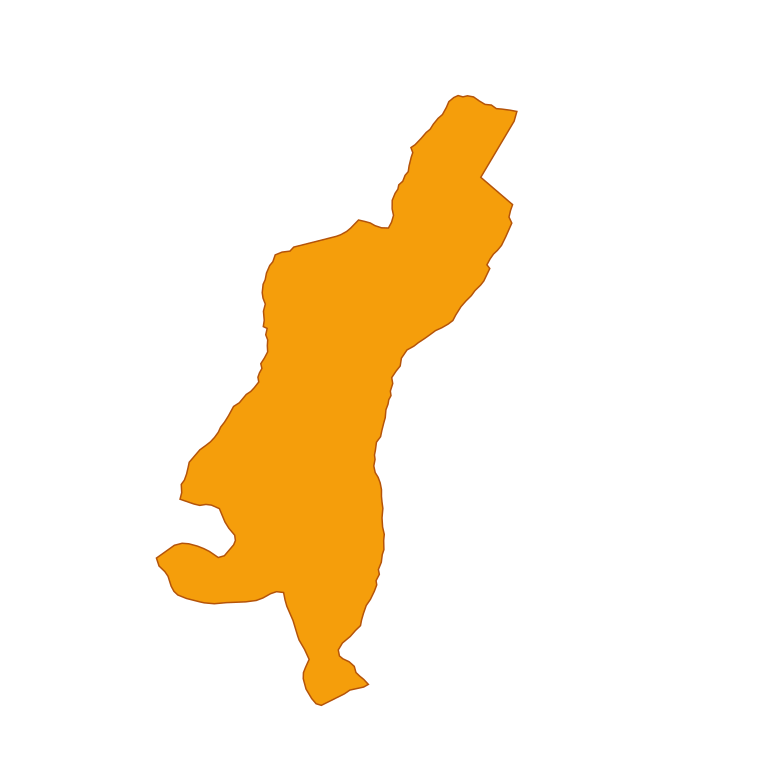 Ivaté, Paraná, Brazil (orthographic projection), rotated 216°
{"feature_id": "56859067B17675681137034", "entity_name": "Ivaté", "entity_type": "district", "adm_level": 2, "iso_a3": "BRA", "parent_name": "Brazil", "parent_adm1": "Paraná", "projection": "orthographic", "projection_center": [-53.427, -23.376], "detail": "fine", "context": "isolated", "style": "filled", "palette": "amber", "viewbox_px": 768, "rotation_deg": 216, "n_neighbors": 0, "source": "geoboundaries", "source_scale": "gbopen_adm2", "svg_char_len": 2933}
<svg xmlns="http://www.w3.org/2000/svg" viewBox="0 0 768 768"><g transform="rotate(216 384 384)"><path d="M481.3,170.9L467.2,175.2L461.7,177.5L457.3,181.9L452.4,184.6L443.9,186.4L431.6,178.9L424.7,176.1L415.9,173.9L412.2,170.0L411.1,165.5L412.2,151.2L416.1,146.2L426.9,145.9L433.0,144.9L439.6,143.2L448.0,140.0L453.7,136.5L458.8,130.3L462.1,120.4L465.8,109.4L459.0,104.5L451.0,103.4L445.7,101.5L437.3,95.3L432.1,92.8L426.8,92.1L417.7,94.4L404.9,99.5L400.8,101.3L392.1,106.5L383.1,114.4L367.8,126.5L360.1,133.8L356.2,139.7L352.5,147.7L348.9,152.8L342.7,156.3L337.2,151.2L332.0,147.1L318.6,139.2L305.7,129.4L302.1,126.9L292.3,122.6L282.7,117.2L280.9,108.5L279.5,103.1L276.1,98.1L267.8,91.4L257.6,87.0L251.0,85.4L245.8,87.2L233.9,110.1L231.7,116.3L222.3,126.9L220.1,131.8L226.8,133.1L232.1,133.4L237.1,134.1L242.1,138.1L248.9,138.8L255.8,137.5L260.2,137.8L264.7,142.0L265.4,150.0L262.9,160.1L262.2,167.8L261.0,174.7L263.4,179.8L265.7,186.1L268.2,194.4L268.4,201.8L270.0,210.7L271.8,217.2L274.8,220.2L275.9,227.3L279.5,230.6L281.4,238.2L285.1,244.9L286.7,249.9L292.2,257.1L295.4,262.5L301.1,267.5L306.9,274.5L311.8,282.7L316.3,287.4L320.0,291.6L323.9,297.0L328.9,301.7L333.8,305.0L339.1,307.2L344.1,311.7L346.9,317.7L350.0,321.0L352.0,325.3L355.9,332.5L355.8,339.4L358.4,345.1L361.4,352.6L363.2,357.5L367.3,364.3L368.9,370.1L370.9,374.1L371.5,378.7L374.7,382.0L377.2,389.5L381.5,393.7L381.8,401.5L381.5,408.1L385.1,415.1L385.4,425.1L382.0,432.4L380.5,437.7L377.9,444.6L375.8,450.9L373.7,457.5L370.3,463.5L367.3,470.2L365.6,475.9L366.5,481.8L367.2,491.8L366.5,499.4L365.3,506.8L365.3,513.1L364.0,520.8L363.8,526.0L364.7,530.9L366.3,539.6L370.8,540.9L371.7,547.6L371.8,553.5L370.8,558.7L370.4,565.1L372.1,574.9L375.2,589.3L381.0,592.5L383.6,598.7L385.4,604.7L427.2,608.1L433.2,673.1L436.7,682.6L443.0,679.6L450.4,675.6L455.0,672.8L461.1,672.8L466.6,669.6L473.3,669.0L480.3,668.9L485.9,666.2L488.9,662.7L493.6,660.9L495.9,656.8L497.5,650.6L496.1,644.4L495.1,636.4L496.4,630.7L496.8,623.2L496.4,617.2L497.7,612.3L498.3,604.7L499.5,595.8L501.2,591.1L496.7,588.1L495.3,583.5L491.9,575.2L489.2,570.0L489.6,565.2L488.0,559.1L489.1,553.8L487.3,549.8L487.1,544.8L485.3,537.4L480.3,530.4L475.4,526.0L473.0,519.3L472.1,512.8L477.8,508.9L484.4,506.8L489.8,506.2L495.1,504.2L501.0,501.7L502.6,490.5L503.9,485.4L506.9,479.1L509.4,475.4L537.5,441.7L538.2,436.2L544.0,430.8L547.9,424.5L545.8,417.6L546.1,412.7L544.3,404.7L541.4,398.5L540.4,393.6L536.2,386.3L532.4,382.4L527.0,378.9L524.3,372.0L518.3,365.1L515.4,359.5L511.2,360.3L508.6,354.3L504.0,351.3L500.9,346.4L497.0,341.6L496.0,334.7L495.6,328.0L491.9,324.8L491.3,319.8L490.0,315.4L486.5,312.0L486.8,304.5L487.4,299.7L489.3,294.6L490.0,283.8L492.5,277.4L491.1,266.7L490.6,259.4L490.8,253.1L489.7,247.6L489.7,241.2L490.4,235.2L492.2,229.0L494.3,222.6L495.6,206.2L493.4,201.3L490.8,195.1L489.0,188.9L489.0,183.6L483.8,177.2L481.3,170.9Z" fill="#f59e0b" stroke="#b45309" stroke-width="1.5"/></g></svg>